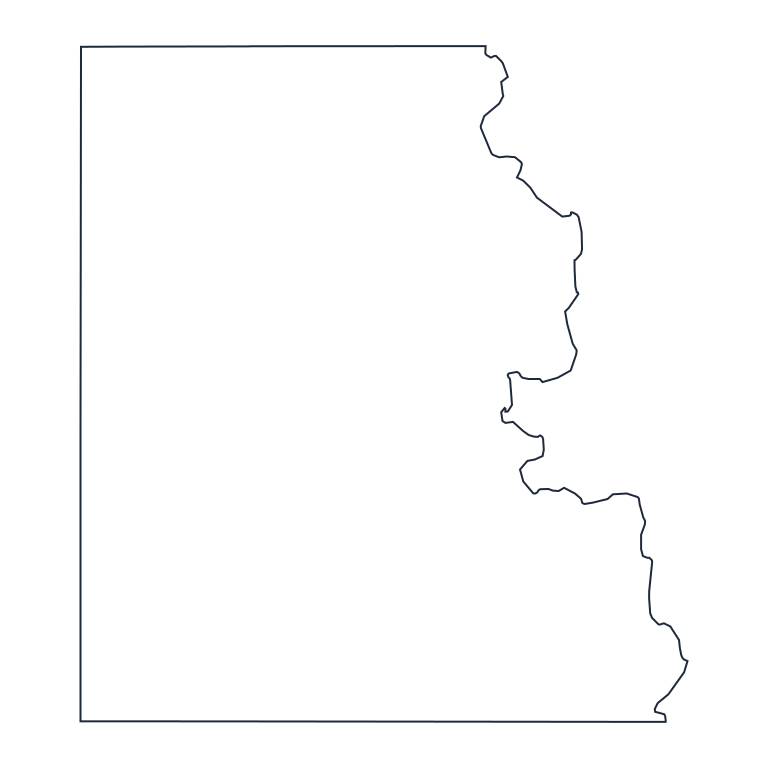 outline of Lincoln, South Dakota, United States of America
{"feature_id": "52423323B14637934462643", "entity_name": "Lincoln", "entity_type": "district", "adm_level": 2, "iso_a3": "USA", "parent_name": "United States of America", "parent_adm1": "South Dakota", "projection": "equal_earth", "projection_center": [-96.553, 43.292], "detail": "fine", "context": "isolated", "style": "outline", "palette": "slate", "viewbox_px": 768, "rotation_deg": 0, "n_neighbors": 0, "source": "geoboundaries", "source_scale": "gbopen_adm2", "svg_char_len": 1988}
<svg xmlns="http://www.w3.org/2000/svg" viewBox="0 0 768 768"><path d="M80.5,721.3L228.0,721.4L665.6,721.9L665.7,720.6L665.2,716.3L664.2,714.2L655.1,711.8L654.8,708.9L657.7,703.1L668.5,694.2L673.1,687.7L684.1,672.3L687.5,661.1L683.7,659.3L682.2,657.4L681.2,654.9L679.9,648.1L679.0,640.0L670.3,626.4L663.9,623.3L659.8,624.6L658.4,624.3L652.0,617.8L650.2,613.3L649.1,598.2L649.2,591.0L652.2,561.8L651.9,560.3L649.4,557.8L647.3,557.8L642.9,556.0L641.1,549.2L641.1,534.7L644.9,524.4L645.1,521.0L643.2,517.2L639.7,504.5L638.9,498.5L637.5,497.0L626.8,493.5L612.9,494.3L607.6,499.0L593.0,502.6L584.5,504.0L582.4,503.1L581.0,498.7L575.1,493.6L564.1,487.8L558.7,491.0L552.7,490.6L548.6,489.0L540.2,489.2L538.5,490.3L537.2,492.5L535.1,493.5L533.3,493.4L523.3,481.5L520.0,469.5L527.4,460.9L534.9,459.5L542.6,456.0L543.8,449.8L543.1,439.0L542.3,436.8L540.1,435.4L537.7,436.9L533.8,436.6L528.7,435.0L523.2,431.1L513.0,421.9L505.4,422.9L502.5,421.0L501.2,412.2L504.6,408.0L505.4,408.6L505.4,411.7L507.9,411.4L512.0,404.9L510.5,385.0L510.2,380.6L509.7,378.5L508.5,377.3L507.7,375.2L508.6,373.5L517.0,371.9L519.4,373.5L520.6,375.9L522.6,377.8L528.6,379.0L529.5,379.0L539.8,379.0L542.5,382.1L557.5,377.8L570.7,370.5L576.2,354.4L576.7,350.4L572.7,343.7L567.3,324.2L565.1,311.5L568.8,307.9L578.3,294.1L578.0,292.6L576.8,292.3L575.4,286.6L574.6,269.7L574.5,260.2L575.6,259.9L580.9,254.0L582.0,249.7L582.0,247.5L581.6,231.9L578.6,217.1L576.8,214.6L572.2,212.3L571.0,212.6L571.0,214.4L569.7,215.7L562.3,216.6L542.6,201.9L536.9,197.6L530.5,187.9L523.3,180.7L517.0,177.5L520.5,170.2L521.9,164.1L521.2,162.3L515.0,157.2L506.6,156.5L499.3,157.3L497.1,156.5L493.0,154.9L491.4,153.3L481.0,128.3L480.7,126.2L484.2,116.2L499.2,103.6L503.3,96.0L502.7,93.5L501.2,82.0L507.8,76.9L502.8,63.2L501.3,61.2L496.1,56.0L494.6,55.9L490.8,57.6L486.2,54.8L485.3,53.3L485.6,46.1L482.4,46.1L350.6,46.2L300.5,46.2L250.6,46.3L247.3,46.4L124.1,46.6L81.0,46.8L80.5,438.7L80.5,721.3Z" fill="none" stroke="#1e293b" stroke-width="2"/></svg>